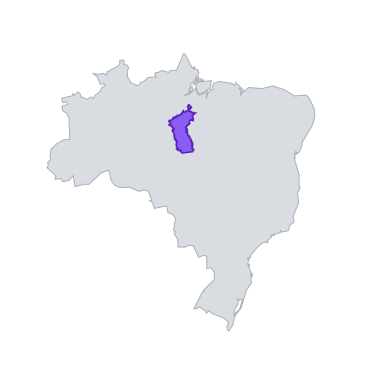 Altamira, Pará, Brazil (highlighted), rotated 348°
{"feature_id": "56859067B40794450496810", "entity_name": "Altamira", "entity_type": "district", "adm_level": 2, "iso_a3": "BRA", "parent_name": "Brazil", "parent_adm1": "Pará", "projection": "mercator", "projection_center": [-53.684, -6.317], "detail": "fine", "context": "in_parent", "style": "filled", "palette": "violet", "viewbox_px": 384, "rotation_deg": 348, "n_neighbors": 0, "source": "geoboundaries", "source_scale": "gbopen_adm2", "svg_char_len": 9087}
<svg xmlns="http://www.w3.org/2000/svg" viewBox="0 0 384 384"><g transform="rotate(348 192 192)"><path d="M104.9,76.5L108.6,79.6L113.2,78.1L114.7,80.2L117.3,77.3L123.5,74.3L124.9,71.5L128.9,69.9L129.2,68.2L124.6,67.5L123.4,59.9L119.5,55.1L124.8,57.5L129.6,57.4L133.0,59.9L134.0,56.9L145.9,53.3L148.5,50.8L148.4,48.5L151.9,48.4L153.0,49.5L151.9,53.3L155.0,54.4L156.0,57.5L153.9,59.9L152.9,66.2L155.2,72.8L160.9,76.6L163.3,76.0L164.5,73.9L166.6,74.4L173.0,70.9L181.1,72.0L179.9,69.2L181.1,67.4L182.7,68.2L188.0,66.9L193.9,70.2L196.4,68.6L202.1,69.8L212.6,54.8L214.2,56.4L217.8,70.1L219.6,72.2L223.1,73.4L223.5,76.9L217.5,83.5L213.8,85.6L208.9,94.6L204.2,95.8L209.2,96.1L216.5,91.6L217.9,97.3L219.9,99.1L227.6,97.1L225.3,103.6L228.3,98.4L231.8,95.4L233.5,96.3L234.3,95.4L233.6,93.0L235.9,90.2L241.8,89.5L254.5,94.5L255.4,97.0L257.2,95.3L260.1,97.2L260.9,99.3L259.4,100.8L260.0,101.6L261.6,100.2L262.0,101.5L260.6,103.0L259.6,107.4L261.6,105.6L263.1,102.3L263.3,104.6L269.0,101.6L282.3,105.4L292.9,105.0L303.3,111.0L312.3,119.4L323.7,120.9L325.9,124.0L328.9,136.1L327.8,143.9L323.4,152.0L311.1,165.2L311.1,164.1L308.8,170.2L304.9,175.5L303.1,176.3L301.8,173.9L300.6,175.1L299.0,180.8L300.4,197.3L298.2,206.8L298.5,210.7L295.1,214.7L294.1,224.5L285.9,236.9L285.6,242.6L280.7,244.9L278.3,249.8L271.9,249.9L270.6,248.1L270.1,250.1L260.2,250.6L260.7,252.2L254.4,256.3L250.9,256.2L244.6,259.6L236.8,265.7L235.3,268.7L233.9,267.6L233.4,268.9L231.6,268.3L233.9,270.1L232.1,272.0L231.5,275.3L232.9,282.5L231.1,293.4L224.5,299.7L216.3,315.1L208.5,322.1L208.3,319.8L213.9,316.9L218.7,308.4L218.8,306.9L215.6,307.8L213.7,305.1L214.7,307.8L213.8,310.9L209.0,316.1L207.4,320.2L207.9,322.5L204.2,330.6L199.2,335.6L198.1,334.9L198.1,330.9L200.9,327.2L196.5,321.6L186.6,315.2L183.6,311.7L180.8,313.6L180.5,311.1L175.0,305.7L172.4,307.1L169.6,306.4L181.6,291.8L183.0,291.9L182.8,290.5L196.0,281.9L197.1,274.9L194.7,269.9L190.5,269.9L193.1,258.1L190.5,256.3L184.9,257.4L182.3,245.3L177.7,243.2L174.3,244.6L167.0,242.9L168.1,235.1L165.8,228.9L167.9,227.5L166.0,225.7L170.4,214.4L168.1,209.3L164.1,207.2L164.5,200.3L151.7,200.2L151.2,194.5L148.8,191.7L151.0,191.6L149.4,182.3L145.4,180.1L140.4,180.4L131.5,174.2L122.0,172.6L118.0,169.3L115.3,164.1L115.2,153.2L107.0,154.5L92.7,163.1L88.4,162.0L78.6,162.4L79.3,151.2L74.4,155.0L67.8,155.2L66.4,151.7L60.6,151.0L62.3,148.1L55.1,137.9L57.1,136.2L56.8,133.4L61.1,130.3L60.5,127.7L62.9,120.8L70.2,116.5L77.5,114.2L83.3,115.1L87.2,93.4L85.6,88.6L82.6,86.0L82.7,81.0L89.0,80.4L87.9,77.7L84.1,77.6L84.1,73.1L95.8,73.0L95.7,71.1L97.5,72.8L101.2,70.2L103.2,73.1L103.4,76.7L104.9,76.5ZM221.0,85.8L234.0,87.1L230.9,94.7L228.5,94.9L228.1,96.2L226.2,95.6L224.1,97.5L219.2,97.5L217.5,93.7L218.7,92.7L217.2,91.3L218.3,86.9L221.0,85.8ZM210.0,95.0L212.0,89.5L214.0,88.8L213.8,92.1L210.0,95.0ZM224.6,83.1L223.3,85.2L220.4,84.7L220.9,83.4L224.6,83.1ZM220.2,80.9L219.7,85.1L218.4,84.6L220.2,80.9ZM226.6,85.8L224.8,86.0L223.9,85.7L226.2,84.4L226.6,85.8ZM218.2,85.9L216.3,87.3L215.5,86.6L216.9,85.4L218.2,85.9ZM221.7,82.3L220.8,81.4L222.3,80.6L222.5,81.4L221.7,82.3ZM220.7,71.5L219.6,71.7L219.3,70.1L220.4,70.0L220.7,71.5ZM233.3,287.0L232.9,285.5L233.8,284.1L234.1,284.5L233.3,287.0ZM255.6,255.7L255.9,257.3L254.5,257.0L255.6,255.7ZM232.6,276.3L232.1,275.4L233.0,274.5L233.3,274.9L232.6,276.3ZM261.3,104.7L260.5,106.2L261.3,104.0L261.3,104.7ZM302.4,176.5L301.1,177.0L301.9,175.7L302.4,176.5ZM263.8,251.2L262.4,251.8L262.2,251.5L263.0,250.7L263.8,251.2ZM300.2,179.5L299.8,180.4L299.4,179.8L300.2,179.5ZM257.8,93.9L257.9,94.7L257.5,94.6L257.8,93.9Z" fill="#d9dde1" stroke="#a8b0b8" stroke-width="1"/><path d="M209.1,109.3L209.1,108.9L208.4,107.8L208.0,107.5L208.0,107.3L207.6,107.0L207.7,106.8L207.3,106.4L207.2,106.0L207.0,105.9L206.3,106.5L206.0,107.1L205.7,107.1L205.6,107.5L205.4,107.5L205.4,107.9L205.4,108.7L205.0,109.0L205.5,108.9L205.9,109.0L206.3,109.5L205.8,110.0L205.6,110.7L204.9,111.0L204.3,111.7L203.9,111.7L203.1,112.0L202.7,111.7L202.3,112.1L202.2,112.4L201.7,112.5L201.1,112.2L200.9,112.0L200.7,112.0L200.6,111.6L200.4,111.5L200.4,111.2L200.6,111.0L200.6,110.7L200.1,111.1L200.2,111.5L199.7,111.8L199.5,111.7L199.5,112.1L199.0,112.3L198.8,112.5L198.8,112.8L198.2,112.7L198.1,113.2L198.4,113.2L198.3,113.4L197.8,113.5L197.8,113.8L197.6,113.7L197.4,113.8L197.3,113.6L196.9,113.7L196.4,113.9L196.1,113.9L195.8,114.4L195.5,114.3L195.2,114.5L194.9,114.5L194.7,114.8L194.5,114.7L194.2,114.7L193.9,114.6L193.9,114.4L193.7,114.4L193.5,114.1L193.3,114.8L193.1,115.0L192.7,115.2L192.7,114.9L192.3,114.8L192.0,115.0L191.7,114.7L191.4,114.7L191.3,114.9L191.1,115.3L191.4,115.4L191.0,115.7L190.9,115.6L190.6,115.6L190.4,115.2L190.1,115.2L190.1,115.4L189.8,115.7L189.6,115.6L189.7,115.9L189.6,116.0L189.6,116.3L189.3,116.2L188.9,115.8L188.8,116.1L188.6,116.2L188.3,116.2L188.4,116.7L188.1,117.1L187.7,117.0L187.3,117.2L186.9,117.2L186.8,117.5L186.3,117.5L185.8,117.7L185.5,117.4L185.2,117.4L185.2,117.5L184.9,117.3L184.6,117.2L184.4,117.3L184.6,117.8L184.5,118.1L184.4,118.1L184.4,118.3L184.1,118.6L184.7,118.9L184.8,119.4L185.4,120.3L185.1,120.5L185.1,120.8L185.0,120.7L184.7,121.1L184.1,121.4L183.7,121.4L183.8,121.6L183.5,121.6L183.5,121.8L183.6,122.0L184.0,122.0L184.3,122.1L184.5,122.4L184.4,122.6L185.0,123.0L185.0,122.9L185.1,122.7L185.4,122.7L185.5,123.0L185.7,123.3L185.9,123.5L185.9,123.9L185.8,124.0L186.0,124.2L185.9,124.2L186.2,124.8L186.3,124.9L186.4,125.3L186.7,125.4L186.7,125.5L187.2,125.8L187.3,126.2L187.5,126.4L187.7,126.5L187.6,127.0L187.3,127.1L186.9,127.3L186.7,127.4L186.7,127.7L186.0,127.5L185.8,127.1L185.6,127.3L185.5,127.7L185.6,128.0L185.8,128.1L185.5,128.5L185.7,129.2L186.1,129.5L186.2,130.0L186.5,130.8L186.5,131.2L186.6,131.4L186.5,131.6L186.7,131.8L186.7,132.2L186.4,132.5L186.4,132.9L186.3,133.0L186.5,133.3L186.2,133.5L186.3,133.8L186.1,133.9L186.1,134.2L186.3,134.3L186.1,134.7L186.1,135.2L186.2,135.3L186.1,135.6L186.3,135.6L186.5,135.8L186.4,136.4L186.5,136.5L186.4,136.8L186.8,137.2L186.6,137.2L186.8,137.5L187.1,137.5L187.4,137.7L187.4,138.2L187.3,138.5L187.2,138.4L187.3,138.6L187.2,138.8L187.0,138.7L187.1,138.9L187.3,139.2L187.7,139.3L187.8,139.8L187.2,140.2L187.4,140.8L186.9,141.0L186.8,141.3L186.9,141.5L186.8,141.9L186.4,142.1L186.3,142.6L186.2,142.7L186.4,143.1L186.5,143.5L186.3,143.8L186.5,144.0L186.4,144.4L186.7,144.8L186.7,145.3L187.3,146.0L187.4,146.3L187.2,146.5L186.6,146.0L186.4,146.2L186.2,146.2L185.9,146.3L186.2,146.6L186.1,146.9L186.3,147.1L186.6,147.0L186.7,147.5L186.6,147.9L187.0,148.0L187.1,148.4L187.4,148.5L187.6,148.3L188.0,148.6L188.5,148.5L188.6,148.8L188.8,148.6L189.6,148.9L189.8,149.2L190.1,149.3L190.1,149.5L189.9,149.6L189.7,149.8L189.4,150.2L189.7,150.4L189.8,150.7L190.0,151.0L190.1,151.5L190.4,151.7L190.5,151.9L200.9,152.7L201.0,152.1L201.4,151.9L201.5,151.5L201.8,151.5L202.0,151.3L202.3,151.3L202.2,151.1L202.4,150.8L202.0,150.0L202.1,149.7L201.6,149.2L201.2,149.1L201.7,148.6L201.5,148.3L201.5,147.9L201.4,147.8L201.7,147.6L201.9,147.0L201.8,146.6L201.6,146.7L201.5,146.2L201.8,146.0L202.3,146.2L202.2,145.9L202.3,145.7L202.2,145.7L202.4,145.5L202.5,145.5L202.6,145.2L202.4,144.9L202.5,144.7L202.2,144.5L202.1,144.2L202.5,144.1L202.2,143.8L202.2,143.5L201.7,143.2L202.0,143.0L202.0,142.8L202.3,142.6L202.2,142.5L202.3,142.2L202.0,141.9L202.1,141.6L201.9,141.3L202.0,141.2L201.9,141.0L201.7,141.1L201.6,140.8L201.7,140.7L201.3,140.5L201.4,140.3L201.7,140.2L201.9,139.9L201.8,139.6L201.6,139.5L201.6,139.4L201.6,139.1L201.3,138.8L201.1,138.8L200.9,138.6L201.0,138.4L200.9,138.3L200.8,138.1L200.6,137.9L200.8,137.9L201.2,137.4L200.9,137.2L201.0,136.8L200.6,136.7L200.6,136.4L199.6,135.5L200.0,134.9L199.7,134.5L199.6,134.2L199.9,133.7L199.6,133.3L200.1,132.8L200.1,132.5L199.0,132.0L198.8,131.7L198.6,131.8L198.6,131.3L198.5,131.2L198.7,130.9L199.0,130.9L199.2,131.2L199.6,130.5L199.5,130.3L200.0,130.3L200.2,130.5L200.3,130.3L200.5,130.3L200.5,130.2L200.3,130.0L200.5,129.8L200.4,129.6L200.3,129.4L200.2,129.4L200.2,129.1L200.0,128.9L199.8,128.6L199.7,128.2L199.4,128.3L199.4,127.9L199.1,127.7L199.2,127.4L199.6,127.4L199.9,127.1L199.9,126.9L200.1,126.6L200.5,126.7L200.8,126.5L200.8,126.3L201.0,126.1L201.4,126.2L202.0,125.9L202.1,125.6L202.3,125.5L202.2,125.2L202.5,124.9L202.8,125.0L203.0,124.8L203.4,125.1L203.6,124.9L204.0,124.6L204.0,123.6L204.1,123.0L204.3,122.7L204.2,122.1L204.5,121.7L204.9,121.5L205.1,121.6L205.3,121.5L205.8,121.1L206.2,121.4L206.4,121.2L206.7,121.3L206.9,121.6L206.8,121.9L207.5,122.1L208.0,122.4L208.0,122.2L208.1,121.9L208.3,121.7L208.4,121.0L208.2,120.9L208.5,120.0L208.3,119.9L208.3,119.3L208.0,119.2L208.2,118.6L208.1,118.2L208.2,117.7L208.4,117.4L208.7,117.3L209.1,117.0L209.7,116.0L210.0,116.0L210.4,116.3L211.3,115.8L211.1,115.8L211.1,115.6L210.9,115.6L210.9,115.3L210.6,115.3L210.5,115.2L210.3,115.4L210.2,115.3L210.1,115.0L210.1,114.6L209.9,114.5L209.7,114.6L209.6,114.9L209.3,114.8L209.3,114.5L208.8,114.3L208.7,114.0L208.3,113.4L207.9,113.4L207.8,113.6L207.6,113.3L206.9,113.2L206.3,112.9L206.7,112.8L206.8,112.6L206.7,111.2L207.0,110.9L207.6,109.9L208.0,109.9L208.5,109.5L208.9,109.5L209.1,109.3Z" fill="#8b5cf6" stroke="#5b21b6" stroke-width="1.5"/></g></svg>